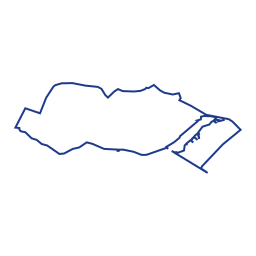 Clontarf Lea-6, Dublin, Ireland
{"feature_id": "5873133B49648577838284", "entity_name": "Clontarf Lea-6", "entity_type": "district", "adm_level": 2, "iso_a3": "IRL", "parent_name": "Ireland", "parent_adm1": "Dublin", "projection": "equal_earth", "projection_center": [-6.188, 53.368], "detail": "fine", "context": "isolated", "style": "outline", "palette": "blue", "viewbox_px": 256, "rotation_deg": 0, "n_neighbors": 0, "source": "geoboundaries", "source_scale": "gbopen_adm2", "svg_char_len": 1494}
<svg xmlns="http://www.w3.org/2000/svg" viewBox="0 0 256 256"><path d="M153.9,85.0L148.5,88.1L146.3,87.8L145.1,89.1L140.3,90.9L134.0,91.5L122.7,91.1L118.0,89.1L114.4,91.4L107.9,97.6L105.2,94.9L101.5,88.9L97.8,86.9L85.2,85.6L72.4,83.1L61.7,83.3L55.2,85.2L53.3,86.8L46.2,97.7L40.0,113.3L25.3,108.3L15.4,127.6L19.3,128.0L19.4,129.6L20.8,131.3L25.3,132.2L31.6,138.3L36.7,139.9L41.7,144.0L47.2,145.5L59.5,154.0L64.1,153.5L72.8,148.9L79.3,147.4L86.7,142.4L92.3,143.8L104.1,148.9L117.6,149.6L117.4,150.7L118.6,151.0L119.6,149.6L123.5,149.7L133.7,151.8L141.6,154.9L146.6,154.8L166.6,147.8L168.1,148.7L166.4,146.8L174.0,142.3L179.5,137.8L180.0,136.2L197.6,121.3L198.3,120.5L197.7,120.3L200.8,119.4L201.1,116.6L204.3,116.0L211.4,116.3L216.2,117.4L215.2,119.1L219.2,120.3L218.7,121.1L224.6,119.8L218.7,121.3L218.4,121.1L218.9,120.4L214.7,119.5L213.8,120.5L216.6,123.1L213.4,120.9L211.4,121.9L209.4,124.5L202.5,126.7L197.6,133.3L198.2,133.8L199.8,133.5L198.5,134.1L199.2,138.9L197.8,133.8L195.9,134.7L193.4,137.4L194.7,137.4L197.5,139.9L194.6,137.4L192.1,138.6L191.8,139.4L192.7,139.1L190.5,140.3L191.8,140.0L190.8,140.4L193.3,142.5L190.4,140.3L187.1,143.0L186.0,144.1L187.7,144.4L185.8,144.3L184.7,145.4L184.0,150.5L178.0,152.7L176.1,152.1L174.9,152.5L171.7,151.0L207.6,172.9L201.0,168.4L202.1,166.2L222.8,144.4L240.6,129.8L232.5,121.6L228.8,119.2L206.2,114.8L191.3,106.0L179.4,100.2L180.7,98.0L178.9,93.2L172.8,94.5L164.2,92.7L160.2,90.5L153.9,85.0Z" fill="none" stroke="#1e3a8a" stroke-width="2"/></svg>